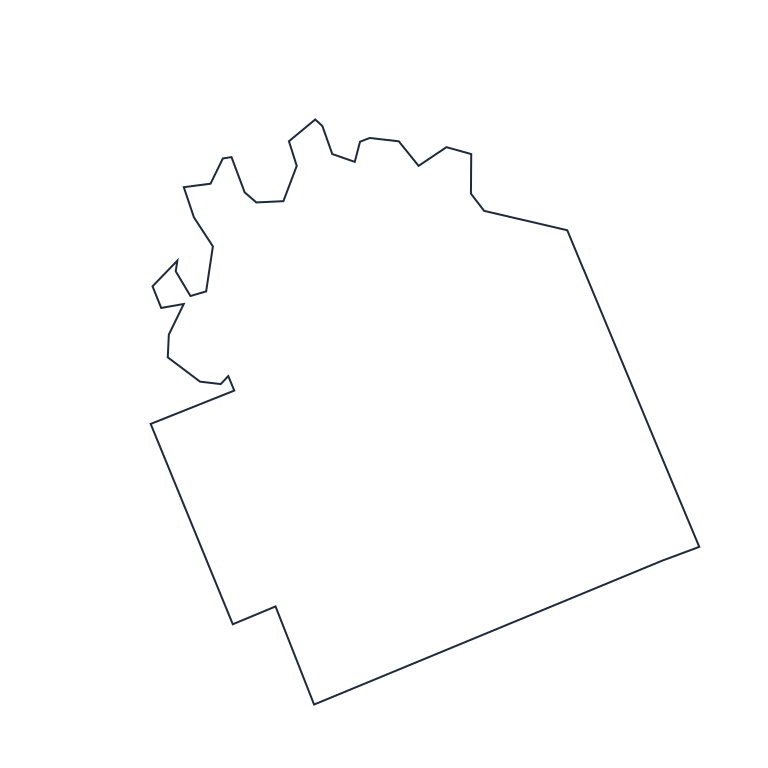 Lowndes, Alabama, United States of America (Equal Earth projection), rotated 338°
{"feature_id": "52423323B13549110095678", "entity_name": "Lowndes", "entity_type": "district", "adm_level": 2, "iso_a3": "USA", "parent_name": "United States of America", "parent_adm1": "Alabama", "projection": "equal_earth", "projection_center": [-86.677, 32.184], "detail": "fine", "context": "isolated", "style": "outline", "palette": "slate", "viewbox_px": 768, "rotation_deg": 338, "n_neighbors": 0, "source": "geoboundaries", "source_scale": "gbopen_adm2", "svg_char_len": 730}
<svg xmlns="http://www.w3.org/2000/svg" viewBox="0 0 768 768"><g transform="rotate(338 384 384)"><path d="M575.5,652.0L615.3,653.1L614.0,546.7L612.0,353.2L611.9,352.0L611.5,310.1L541.7,261.0L535.9,240.1L551.0,203.5L530.6,187.8L497.8,194.7L488.6,164.5L462.8,150.5L452.5,150.4L440.1,167.1L422.2,151.4L423.5,121.7L419.3,113.0L386.8,123.3L384.8,149.1L359.2,176.8L333.6,167.8L326.6,154.1L327.6,116.5L319.1,114.5L298.2,133.3L272.1,126.5L270.2,158.3L276.9,192.3L253.8,231.5L237.5,229.9L233.1,201.5L238.6,192.2L206.0,206.7L205.9,230.0L228.3,234.8L203.0,257.6L193.5,278.3L214.3,312.9L232.6,322.9L242.6,318.3L242.7,334.0L152.7,333.6L153.8,550.1L200.1,549.6L199.1,655.0L575.5,652.0Z" fill="none" stroke="#1e293b" stroke-width="2"/></g></svg>